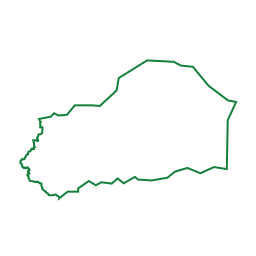 the district of Ibba, Western Equatoria, South Sudan, rotated 87°
{"feature_id": "79223893B81466867971410", "entity_name": "Ibba", "entity_type": "district", "adm_level": 2, "iso_a3": "SSD", "parent_name": "South Sudan", "parent_adm1": "Western Equatoria", "projection": "orthographic", "projection_center": [29.215, 5.058], "detail": "fine", "context": "isolated", "style": "outline", "palette": "green", "viewbox_px": 256, "rotation_deg": 87, "n_neighbors": 0, "source": "geoboundaries", "source_scale": "gbopen_adm2", "svg_char_len": 3204}
<svg xmlns="http://www.w3.org/2000/svg" viewBox="0 0 256 256"><g transform="rotate(87 128 128)"><path d="M107.6,18.7L105.7,26.7L90.2,45.2L70.3,60.0L68.4,72.0L64.3,78.8L61.5,105.4L77.6,134.6L89.8,137.4L104.5,154.9L103.4,163.6L102.6,180.0L111.6,188.2L111.9,196.7L109.4,201.1L112.7,204.6L114.3,216.4L114.8,216.2L115.3,215.9L115.8,215.9L116.8,215.4L117.2,214.8L117.6,214.8L117.7,215.3L118.3,215.6L118.8,215.6L119.4,215.6L119.8,215.3L120.6,215.3L121.1,215.3L121.4,215.3L122.0,215.7L122.6,215.7L122.6,215.1L123.0,214.5L123.2,213.9L122.9,213.5L123.5,213.4L124.6,213.4L125.6,213.4L126.3,213.7L127.0,213.9L127.9,214.0L128.7,214.1L129.1,214.9L129.4,215.2L129.7,216.0L129.7,216.7L129.7,217.6L130.4,218.0L130.8,218.0L132.1,218.4L132.4,218.9L133.2,219.4L134.0,219.2L134.6,218.5L135.6,218.3L136.2,218.7L136.2,219.3L135.6,220.4L135.6,221.1L135.3,221.7L135.2,222.4L135.3,223.3L136.3,223.0L137.2,223.0L137.7,222.7L138.9,222.7L139.9,222.7L140.4,222.6L141.0,222.6L141.7,222.3L142.2,222.1L142.3,222.6L142.3,223.0L142.5,223.2L143.1,223.2L144.0,223.0L144.2,223.5L144.2,224.2L144.2,225.0L143.8,225.3L144.1,225.9L144.8,226.1L145.4,226.3L146.1,226.7L146.2,227.1L146.2,227.8L146.4,228.3L146.7,228.7L147.1,229.2L147.6,229.2L148.4,229.0L149.0,229.1L149.2,229.5L149.2,230.1L149.3,230.5L150.1,231.0L150.7,231.6L151.0,231.6L151.6,231.7L152.0,232.4L152.3,232.7L152.9,232.7L153.7,233.1L153.6,233.9L153.7,234.4L153.6,235.2L153.6,235.7L153.9,236.0L154.7,236.0L155.1,236.5L155.1,236.9L155.6,237.1L156.3,237.2L157.1,237.3L157.5,237.3L157.8,236.6L158.1,236.2L158.6,236.0L159.1,235.8L159.9,235.8L160.2,235.8L160.9,235.4L161.6,235.4L162.0,234.8L162.5,234.1L162.0,233.7L162.1,233.2L162.7,232.7L162.9,232.3L162.6,231.7L162.1,231.3L162.0,230.5L162.2,230.0L163.0,229.9L163.6,229.0L164.1,228.6L165.1,228.7L165.1,229.1L165.3,229.8L165.6,230.1L166.0,230.2L166.7,230.2L167.0,229.7L167.5,229.2L168.0,228.9L168.6,229.1L168.7,229.6L168.8,230.1L169.0,230.6L169.6,231.0L170.1,231.0L170.3,230.4L170.6,229.9L171.4,229.9L171.7,230.2L172.3,230.0L172.4,229.8L172.9,229.8L173.4,229.7L173.8,229.3L174.2,229.1L174.7,229.1L175.3,229.0L175.8,228.5L176.0,227.9L176.0,227.5L176.0,227.1L176.1,226.4L176.1,225.8L176.5,224.9L177.0,224.3L177.1,223.8L176.9,223.6L177.0,223.0L177.1,222.4L176.8,222.0L177.2,221.5L177.1,220.8L177.1,220.4L177.8,219.9L178.5,219.4L178.6,218.8L178.6,218.1L178.7,217.4L179.3,217.3L179.8,217.3L180.4,217.4L181.1,217.5L181.7,217.4L182.3,217.2L182.6,216.8L183.2,216.6L183.7,216.8L184.5,216.8L184.8,216.3L185.6,215.7L186.0,215.2L186.4,214.6L186.9,214.2L187.0,213.4L187.5,213.2L188.2,213.1L188.6,212.6L188.8,212.0L189.3,211.4L189.9,210.8L190.8,210.8L190.8,210.5L190.9,210.1L191.2,209.4L191.2,208.9L191.1,208.2L191.1,207.7L191.1,207.4L191.0,207.0L191.0,206.5L191.2,206.0L191.2,205.6L190.9,205.2L190.8,204.8L190.6,204.3L190.6,203.9L190.8,203.5L191.2,203.1L191.6,202.7L192.0,202.3L192.0,201.6L192.6,201.2L193.0,200.8L193.3,200.3L193.8,200.1L194.2,200.1L194.5,200.2L188.4,191.5L189.0,181.1L185.7,180.9L178.9,169.9L183.5,163.1L180.8,157.4L182.7,147.2L177.8,141.0L183.0,135.2L177.2,123.7L180.0,120.7L181.6,107.0L179.7,91.2L174.0,83.3L171.0,70.7L177.0,58.1L171.5,44.2L174.2,31.5L125.5,28.0L107.6,18.7Z" fill="none" stroke="#15803d" stroke-width="2"/></g></svg>